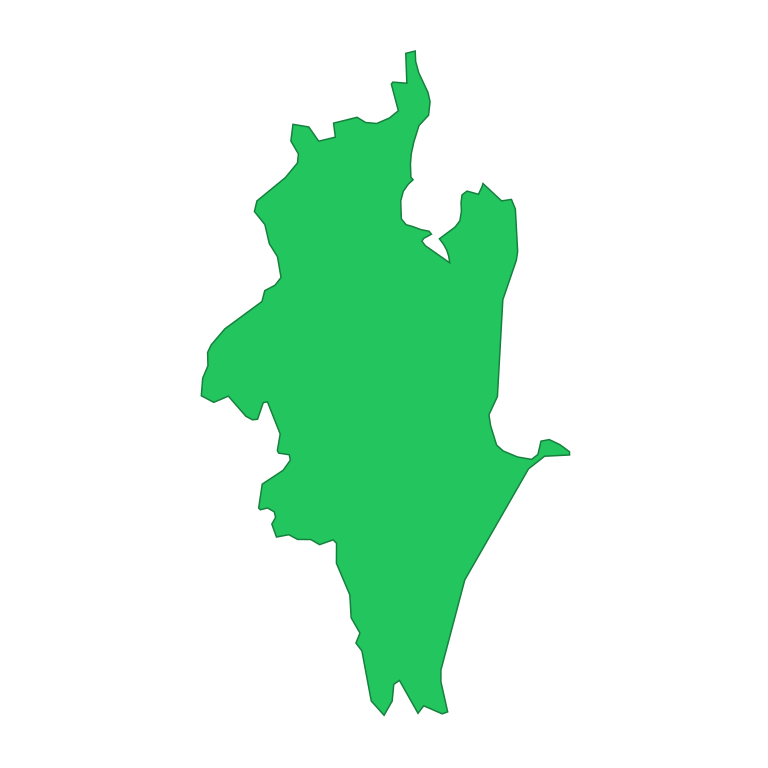 the border of Dorset, rotated 268°
{"feature_id": "GBR-2051", "entity_name": "Dorset", "entity_type": "Administrative County", "adm_level": 1, "iso_a3": "GBR", "parent_name": "United Kingdom", "parent_adm1": "", "projection": "equal_earth", "projection_center": [-2.221, 50.805], "detail": "fine", "context": "isolated", "style": "filled", "palette": "green", "viewbox_px": 768, "rotation_deg": 268, "n_neighbors": 0, "source": "natural_earth", "source_scale": "10m", "svg_char_len": 1840}
<svg xmlns="http://www.w3.org/2000/svg" viewBox="0 0 768 768"><g transform="rotate(268 384 384)"><path d="M715.7,426.8L705.3,426.9L693.8,429.6L673.9,438.1L664.4,439.9L651.0,437.9L641.1,428.0L624.6,422.2L613.1,419.3L603.0,418.1L594.8,418.1L589.7,418.1L587.1,420.2L582.8,415.2L575.9,410.0L566.3,407.1L555.3,407.1L548.4,407.1L542.4,411.7L540.6,417.5L537.0,426.3L535.1,434.4L532.1,436.6L528.1,428.7L525.4,426.9L520.7,430.2L502.8,453.9L509.6,453.1L515.7,451.3L521.5,448.4L527.2,444.4L538.4,460.6L544.5,465.5L554.0,467.4L562.7,467.3L570.3,468.6L573.9,473.7L570.3,485.0L577.9,488.9L580.9,489.9L562.9,507.9L564.0,517.8L554.3,521.4L511.9,522.2L503.1,520.6L464.0,505.7L367.5,496.9L349.6,487.8L338.6,489.1L319.0,494.4L312.9,500.8L306.4,514.9L303.5,529.0L308.3,535.4L321.4,538.9L322.7,547.2L317.2,557.7L309.8,567.0L306.6,567.0L306.2,542.0L294.2,525.5L185.4,457.9L96.1,430.9L84.4,430.5L54.1,436.2L52.3,430.7L61.0,412.4L53.7,406.5L87.2,389.1L83.5,383.3L66.8,381.1L52.9,372.5L67.6,360.2L118.0,352.6L126.1,346.9L135.9,351.3L151.5,343.0L174.4,342.5L206.5,330.2L226.5,331.0L230.0,327.7L225.7,314.0L231.1,305.4L231.7,292.2L236.7,283.6L234.8,271.2L247.9,267.0L254.5,271.0L260.1,269.8L264.2,263.2L262.6,256.1L264.3,254.4L288.2,258.8L301.3,280.2L311.1,287.7L316.6,286.8L318.6,276.3L321.1,275.1L337.7,278.5L370.2,266.9L369.6,262.7L353.2,256.4L352.8,251.3L356.5,244.9L377.3,228.0L371.6,213.2L378.6,201.0L396.1,203.0L408.4,208.7L421.7,208.8L429.2,212.7L444.7,226.9L470.7,264.9L481.5,268.1L486.5,278.5L494.0,284.8L514.9,282.0L528.2,274.3L547.5,270.5L560.9,260.5L571.4,263.4L593.7,292.6L607.9,305.2L616.9,306.5L630.1,299.4L646.7,302.1L643.5,317.8L629.0,327.2L632.4,344.0L646.5,342.7L651.5,366.4L646.0,374.7L644.6,385.8L649.7,398.8L656.6,407.9L683.4,401.8L685.4,403.4L683.8,417.3L713.7,417.3L715.7,426.8Z" fill="#22c55e" stroke="#15803d" stroke-width="1.5"/></g></svg>